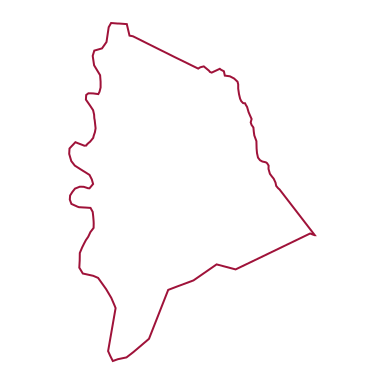 Sharg Sennar, Sennar, Sudan
{"feature_id": "16777658B19062452623819", "entity_name": "Sharg Sennar", "entity_type": "district", "adm_level": 2, "iso_a3": "SDN", "parent_name": "Sudan", "parent_adm1": "Sennar", "projection": "equal_earth", "projection_center": [33.793, 13.743], "detail": "fine", "context": "isolated", "style": "outline", "palette": "rose", "viewbox_px": 384, "rotation_deg": 0, "n_neighbors": 0, "source": "geoboundaries", "source_scale": "gbopen_adm2", "svg_char_len": 2062}
<svg xmlns="http://www.w3.org/2000/svg" viewBox="0 0 384 384"><path d="M314.8,235.2L279.5,189.4L278.1,188.2L276.2,185.9L275.5,182.6L273.7,178.7L271.9,176.5L269.9,173.8L268.5,168.9L268.6,165.6L267.1,163.2L265.8,162.3L262.3,161.5L260.0,160.2L258.0,157.6L257.0,153.1L256.6,148.6L256.4,141.1L254.3,135.4L253.8,131.8L253.4,127.5L251.5,124.8L250.7,122.4L251.6,119.0L249.9,115.2L248.6,112.2L247.1,107.0L245.6,104.5L245.1,103.3L243.1,103.1L241.2,101.1L240.1,98.7L239.0,94.1L238.2,88.6L238.2,88.0L238.2,84.3L238.1,84.0L237.9,83.3L237.8,82.7L237.6,82.0L237.6,81.9L237.5,81.7L234.1,78.5L229.9,76.3L224.8,75.6L223.9,71.3L220.9,69.7L219.8,68.8L211.7,72.6L209.9,71.9L209.0,70.7L203.8,66.4L200.9,67.1L199.7,67.6L198.2,68.6L174.9,57.2L148.2,43.9L133.0,36.3L131.1,35.9L130.8,35.9L129.5,35.6L126.8,24.1L118.5,23.5L117.2,23.5L116.0,23.4L111.1,23.0L108.7,27.2L106.5,42.0L102.0,48.4L94.3,50.6L92.7,55.9L94.1,65.3L100.1,75.2L100.6,81.7L100.6,84.7L100.6,87.5L99.5,91.8L98.3,94.1L93.0,93.4L88.4,93.3L86.2,95.0L85.9,99.6L90.0,105.5L93.1,110.2L94.1,114.6L94.3,118.2L94.7,120.2L95.0,122.9L95.6,128.3L94.9,132.3L94.3,134.0L93.7,135.8L93.2,137.9L90.0,141.8L88.7,142.8L86.9,144.5L86.3,145.5L84.3,145.7L83.1,145.2L79.7,143.9L77.6,143.1L75.4,142.2L72.5,145.3L71.6,146.2L69.5,148.5L69.2,153.9L70.2,157.4L71.3,161.1L74.8,165.6L80.9,169.5L83.6,171.2L85.1,172.1L89.5,174.9L91.8,179.4L93.1,184.0L89.5,188.3L87.9,188.2L86.5,187.7L83.7,186.8L79.8,186.7L77.8,187.5L75.0,188.6L72.4,191.9L70.1,195.5L69.8,199.6L71.4,203.9L74.9,205.5L76.3,206.1L77.3,206.6L79.0,207.2L86.2,207.6L90.5,207.9L92.7,211.9L93.2,216.3L93.6,221.1L93.7,223.4L93.6,227.9L90.4,232.1L89.2,234.7L88.2,236.8L85.9,240.1L84.1,243.5L82.8,246.1L82.2,247.3L79.8,253.0L79.7,260.4L79.3,267.7L79.4,267.8L82.8,273.5L93.2,275.8L98.1,277.9L106.1,289.1L111.3,297.9L114.6,305.6L115.6,308.1L108.1,351.1L110.2,355.8L112.8,361.0L117.9,359.2L126.5,357.4L133.6,351.9L149.0,338.8L168.2,289.9L177.1,286.5L193.5,280.4L216.6,264.4L235.6,269.4L253.1,261.0L310.1,233.5L312.7,234.5L314.7,235.2L314.8,235.2Z" fill="none" stroke="#9f1239" stroke-width="2"/></svg>